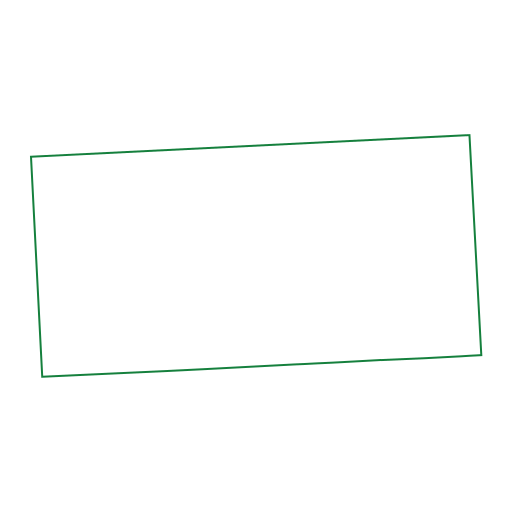 McPherson, South Dakota, United States of America (Mercator projection), rotated 177°
{"feature_id": "52423323B76853800057701", "entity_name": "McPherson", "entity_type": "district", "adm_level": 2, "iso_a3": "USA", "parent_name": "United States of America", "parent_adm1": "South Dakota", "projection": "mercator", "projection_center": [-99.314, 45.766], "detail": "fine", "context": "isolated", "style": "outline", "palette": "green", "viewbox_px": 512, "rotation_deg": 177, "n_neighbors": 0, "source": "geoboundaries", "source_scale": "gbopen_adm2", "svg_char_len": 518}
<svg xmlns="http://www.w3.org/2000/svg" viewBox="0 0 512 512"><g transform="rotate(177 256 256)"><path d="M36.2,145.2L36.5,365.5L40.8,365.6L475.5,366.9L475.8,146.6L396.1,146.1L395.7,146.1L351.4,145.8L312.8,145.7L308.6,145.7L259.8,145.7L259.4,145.7L255.8,145.7L255.5,145.7L239.8,145.7L231.7,145.7L228.2,145.7L222.4,145.7L213.2,145.6L201.3,145.6L186.4,145.5L183.3,145.5L176.4,145.5L137.0,145.6L135.7,145.5L93.4,145.1L83.5,145.1L56.6,145.1L47.3,145.2L36.2,145.2Z" fill="none" stroke="#15803d" stroke-width="2"/></g></svg>